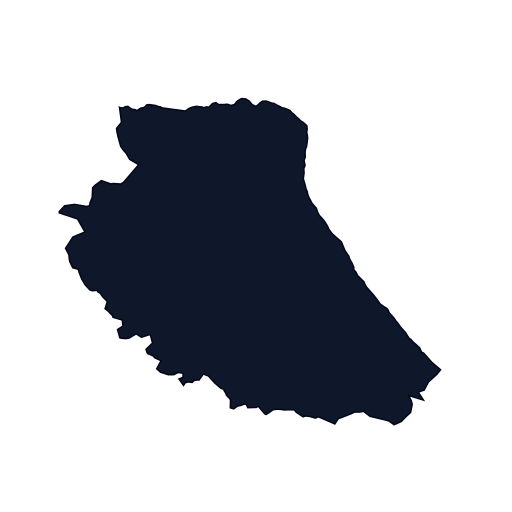 Wase, Plateau, Nigeria (Robinson projection), rotated 280°
{"feature_id": "59680162B1443452948914", "entity_name": "Wase", "entity_type": "district", "adm_level": 2, "iso_a3": "NGA", "parent_name": "Nigeria", "parent_adm1": "Plateau", "projection": "robinson", "projection_center": [10.242, 9.037], "detail": "fine", "context": "isolated", "style": "filled", "palette": "ink", "viewbox_px": 512, "rotation_deg": 280, "n_neighbors": 0, "source": "geoboundaries", "source_scale": "gbopen_adm2", "svg_char_len": 3952}
<svg xmlns="http://www.w3.org/2000/svg" viewBox="0 0 512 512"><g transform="rotate(280 256 256)"><path d="M378.6,95.8L364.3,100.3L357.5,96.5L355.0,97.2L349.7,99.3L340.5,103.7L337.2,107.0L334.4,110.5L329.2,114.8L325.6,124.6L306.1,113.1L305.2,112.3L303.4,110.3L302.6,102.8L301.8,100.6L303.4,90.6L297.6,85.1L294.9,83.3L285.2,84.5L280.0,83.4L276.7,83.3L275.4,80.8L275.3,68.3L272.3,58.9L265.6,54.5L264.3,54.8L261.5,73.8L249.8,83.5L249.3,82.4L243.1,72.6L242.7,72.3L230.5,67.1L224.6,71.6L220.6,72.6L218.1,73.6L212.6,77.6L212.4,78.9L212.2,82.1L211.4,83.8L209.2,84.6L203.0,88.4L198.0,92.7L193.8,98.2L193.3,100.6L194.6,105.6L193.3,106.4L192.3,109.0L188.8,112.5L185.8,117.0L185.6,117.5L183.9,117.3L177.9,116.5L175.6,120.7L175.4,120.8L174.0,122.6L172.7,124.7L170.8,125.9L169.7,135.5L163.9,137.1L159.5,132.4L151.8,136.1L151.6,137.7L152.0,141.8L152.9,145.0L158.5,151.5L156.1,157.3L159.9,164.5L159.9,165.7L152.3,169.2L145.0,163.9L142.1,165.4L141.1,166.3L139.6,172.5L138.2,173.9L136.4,180.7L127.7,177.8L125.0,182.1L123.8,190.5L124.4,192.0L124.2,192.6L124.9,195.7L127.7,199.5L127.9,204.6L123.9,205.1L121.5,201.5L116.0,207.1L119.7,208.7L119.4,209.6L120.2,211.0L120.4,215.1L122.6,216.6L124.0,220.6L123.9,221.4L130.8,224.7L129.8,228.2L129.7,229.8L123.9,237.2L119.8,244.1L119.1,247.4L118.2,247.7L115.1,250.5L114.1,250.8L112.4,252.8L111.2,254.8L109.6,255.9L102.0,257.1L101.6,260.6L105.0,263.9L106.1,266.8L108.1,270.1L108.3,272.1L105.2,274.3L106.9,282.5L108.4,284.3L102.1,292.0L101.7,293.5L103.3,295.3L107.7,299.7L108.8,303.7L109.2,307.0L109.3,310.2L109.7,312.6L110.2,314.6L111.1,320.4L109.1,322.8L105.8,330.3L107.0,332.4L107.3,336.7L106.7,342.7L108.5,345.3L104.3,362.8L110.5,365.5L111.1,367.1L117.5,377.6L119.4,380.1L120.3,385.1L121.7,388.8L117.9,396.1L116.9,413.5L116.6,414.4L116.6,415.6L113.8,421.3L118.2,427.8L124.9,432.4L128.7,435.4L137.0,435.6L140.4,434.1L145.1,430.5L143.2,445.9L150.2,439.4L153.1,444.9L161.9,447.7L170.6,454.5L176.0,457.5L179.8,451.1L181.7,447.8L183.6,445.4L185.6,442.9L186.5,441.8L186.6,441.7L187.5,440.5L189.5,438.0L190.1,435.7L194.0,433.1L196.6,429.0L198.5,425.8L200.5,423.4L201.7,420.9L204.3,418.5L206.3,416.8L208.3,414.3L210.2,411.9L211.5,410.3L214.8,407.0L216.1,405.3L218.7,402.8L219.4,402.0L220.0,401.2L221.3,399.6L223.2,397.1L224.9,396.0L225.9,395.4L227.2,393.8L227.3,393.5L228.4,390.6L229.4,388.5L230.3,386.6L232.9,384.1L237.5,379.1L238.8,377.5L240.7,375.1L244.6,370.2L246.6,368.5L249.3,366.8L249.5,366.5L253.2,361.2L254.4,359.5L257.7,357.0L259.7,354.5L261.7,354.4L265.7,351.8L269.7,348.5L271.7,347.6L274.3,345.1L276.9,342.6L284.8,337.6L286.8,334.3L288.7,331.1L291.3,327.0L295.2,322.9L297.9,321.2L299.8,319.5L302.5,317.0L303.8,315.4L305.1,313.8L307.0,311.3L310.3,308.8L313.6,307.1L314.9,305.4L317.5,302.2L322.8,298.0L325.5,296.3L327.4,295.6L328.2,295.4L329.2,294.7L330.8,293.6L332.8,292.8L333.4,292.5L334.8,291.9L340.2,289.2L342.2,289.1L346.3,288.9L350.4,287.9L353.8,288.6L355.3,288.0L358.5,286.7L362.0,287.4L366.7,286.3L370.1,286.2L372.2,286.8L376.9,286.6L381.0,286.4L382.0,286.1L382.7,285.9L384.4,285.4L386.4,284.5L389.8,284.4L393.2,283.4L395.7,279.4L397.0,276.2L398.3,274.5L400.2,271.3L402.1,268.8L403.5,266.2L405.3,264.0L406.5,258.4L406.4,256.1L407.6,252.9L408.2,250.5L409.4,247.3L409.3,245.0L410.4,239.4L409.6,235.5L407.4,233.3L405.3,231.8L403.4,230.0L403.9,227.7L404.5,225.9L407.5,222.3L408.9,218.7L408.7,215.2L407.9,213.5L406.3,211.8L404.7,210.1L401.5,208.6L399.9,205.1L400.5,201.6L399.5,197.5L399.2,196.4L399.2,195.4L398.6,193.0L400.1,189.8L398.6,186.7L394.4,183.8L394.3,181.5L392.8,178.2L393.4,177.5L393.2,174.0L393.1,171.4L391.4,167.1L389.8,164.5L386.5,161.2L386.4,158.6L386.2,152.5L386.0,149.0L385.9,146.4L385.8,143.8L385.7,141.1L385.6,137.6L386.3,135.9L386.2,134.1L386.8,130.6L386.7,128.0L386.6,124.5L385.7,121.9L384.1,121.1L382.7,119.6L382.5,119.4L381.7,116.9L378.5,113.5L379.1,111.7L379.1,110.0L379.0,108.2L381.1,103.8L380.3,101.2L378.6,99.5L378.5,96.0L378.6,95.8Z" fill="#0f172a" stroke="#020617" stroke-width="1.5"/></g></svg>